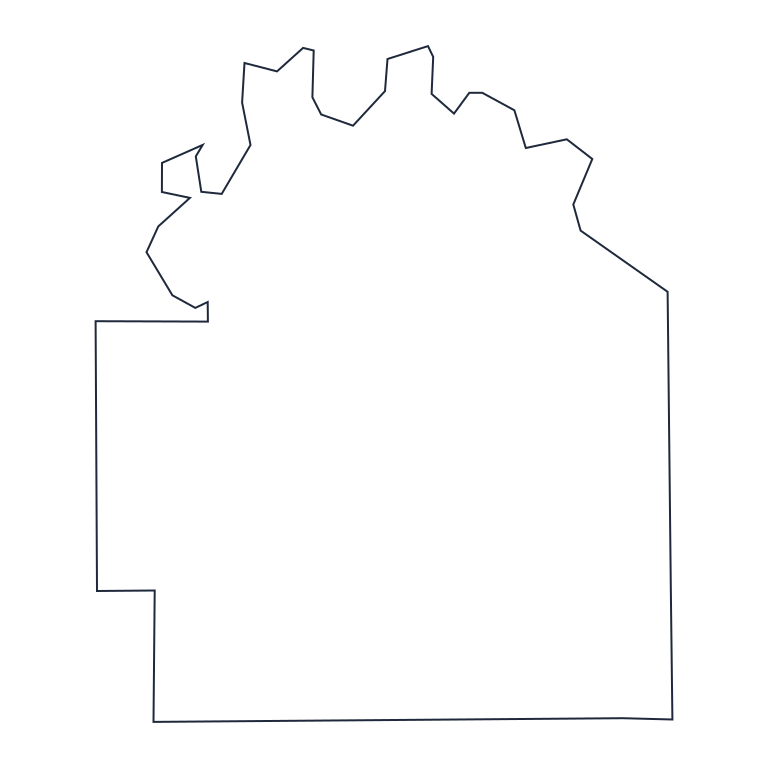 Lowndes, Alabama, United States of America
{"feature_id": "52423323B13549110095678", "entity_name": "Lowndes", "entity_type": "district", "adm_level": 2, "iso_a3": "USA", "parent_name": "United States of America", "parent_adm1": "Alabama", "projection": "equal_earth", "projection_center": [-86.677, 32.184], "detail": "fine", "context": "isolated", "style": "outline", "palette": "slate", "viewbox_px": 768, "rotation_deg": 0, "n_neighbors": 0, "source": "geoboundaries", "source_scale": "gbopen_adm2", "svg_char_len": 677}
<svg xmlns="http://www.w3.org/2000/svg" viewBox="0 0 768 768"><path d="M622.8,718.2L672.4,719.5L670.8,586.8L668.2,345.6L668.2,344.1L667.6,291.8L580.6,230.6L573.3,204.5L592.3,159.0L566.8,139.3L525.8,148.0L514.4,110.3L482.3,92.8L469.3,92.8L454.0,113.6L431.6,93.9L433.2,56.9L428.0,46.1L387.5,59.0L385.0,91.1L353.0,125.7L321.2,114.5L312.4,97.3L313.7,50.5L303.1,47.9L277.0,71.4L244.5,63.0L242.1,102.6L250.5,145.0L221.7,193.9L201.3,191.8L195.8,156.4L202.7,144.9L162.0,162.9L161.9,192.0L189.9,197.9L158.3,226.4L146.5,252.2L172.4,295.3L195.3,307.9L207.7,302.0L207.9,321.6L95.6,321.2L97.0,591.0L154.7,590.5L153.5,721.9L622.8,718.2Z" fill="none" stroke="#1e293b" stroke-width="2"/></svg>